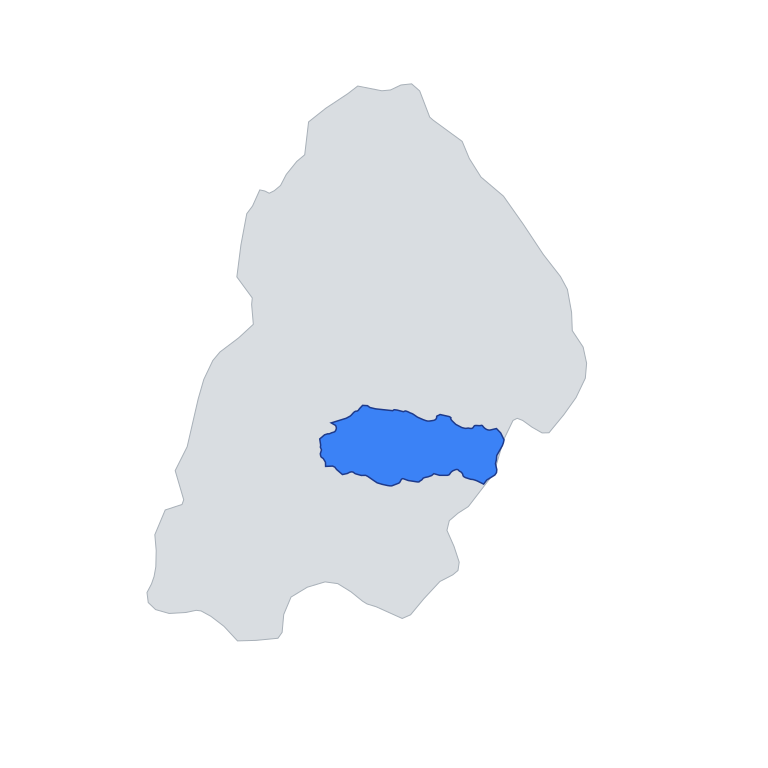 Bhutan, with Bumthang highlighted, rotated 110°
{"feature_id": "BTN-2480", "entity_name": "Bumthang", "entity_type": "District", "adm_level": 1, "iso_a3": "BTN", "parent_name": "Bhutan", "parent_adm1": "", "projection": "equal_earth", "projection_center": [90.682, 27.708], "detail": "fine", "context": "in_parent", "style": "filled", "palette": "blue", "viewbox_px": 768, "rotation_deg": 110, "n_neighbors": 0, "source": "natural_earth", "source_scale": "10m", "svg_char_len": 3566}
<svg xmlns="http://www.w3.org/2000/svg" viewBox="0 0 768 768"><g transform="rotate(110 384 384)"><path d="M596.5,324.7L595.4,329.9L590.6,343.9L587.4,359.2L590.1,371.7L601.2,386.6L616.0,398.5L634.9,399.4L652.2,394.8L659.2,396.7L668.7,416.6L675.5,433.8L666.4,451.6L661.5,467.2L659.8,478.3L660.9,483.1L666.5,492.1L673.1,507.4L674.1,521.5L670.0,530.8L661.0,535.4L651.5,534.1L643.6,534.2L633.8,535.9L618.4,541.1L604.0,547.8L577.2,546.5L566.3,532.6L561.3,532.6L536.8,550.6L510.2,547.5L461.6,553.5L441.3,554.9L420.5,552.9L410.0,549.1L390.4,536.4L372.6,527.2L354.5,535.6L348.2,537.2L333.7,558.9L302.3,566.0L270.9,571.2L261.7,568.4L244.1,567.1L243.4,562.0L244.0,557.1L239.9,553.2L232.8,549.1L220.5,547.5L204.7,542.1L195.7,536.9L163.5,544.5L144.9,533.1L123.7,517.4L113.0,510.6L109.2,486.3L105.5,478.5L97.2,470.3L92.5,460.7L96.4,450.7L117.6,432.3L119.3,427.9L129.3,393.5L142.9,381.0L156.4,363.6L166.6,336.0L186.3,307.7L207.8,278.6L222.6,255.0L232.4,244.0L252.6,232.2L269.5,225.3L281.2,209.5L295.2,200.7L309.7,196.8L331.1,198.9L351.3,204.5L373.4,212.3L375.9,218.7L374.0,229.9L370.8,241.3L370.7,247.1L374.1,250.3L395.7,252.5L422.3,250.7L437.1,252.3L470.3,262.8L480.0,270.2L490.1,275.9L500.0,274.8L512.6,262.7L525.7,252.4L533.9,250.7L539.8,254.1L550.4,263.9L572.2,273.1L591.8,280.1L598.1,286.7L596.0,315.2L596.5,324.7Z" fill="#d9dde1" stroke="#a8b0b8" stroke-width="1"/><path d="M395.4,252.1L398.4,251.7L401.4,251.7L412.7,253.6L416.6,252.5L420.8,252.0L425.9,248.7L428.8,248.0L431.6,248.7L439.1,254.6L444.0,256.1L443.2,263.4L443.2,265.8L443.3,267.7L443.9,270.0L444.1,275.5L443.8,277.2L443.3,278.2L441.5,279.5L440.8,280.6L440.3,281.7L440.1,283.3L439.2,285.3L439.4,286.4L440.1,287.6L442.1,289.7L443.3,290.5L444.4,291.0L446.3,291.5L447.2,291.9L448.2,293.3L450.8,300.5L451.2,306.5L453.7,307.9L456.2,310.9L457.6,313.2L458.6,314.5L459.3,315.1L460.5,315.4L461.3,315.8L463.0,317.1L464.1,317.7L464.6,319.1L466.4,328.2L466.4,333.6L466.7,334.4L467.9,335.1L470.6,335.5L471.4,335.7L472.2,336.3L477.1,341.9L477.7,343.6L478.2,346.0L478.9,351.3L479.2,356.7L478.0,361.5L476.4,367.6L476.2,369.2L476.1,370.0L477.7,374.1L478.1,379.7L478.0,381.1L477.5,382.3L477.4,383.3L477.7,384.6L478.7,386.1L480.6,387.8L483.3,392.1L480.6,399.2L479.8,400.5L479.0,401.6L478.8,403.1L478.7,404.2L481.4,410.7L477.9,412.1L477.3,412.5L474.8,415.6L474.2,417.9L473.7,418.5L472.6,419.3L471.3,420.0L467.3,420.2L465.1,422.2L463.1,422.6L457.6,425.6L452.1,422.5L450.0,419.8L449.7,418.8L449.2,418.0L447.7,416.5L446.3,414.6L445.5,413.9L444.5,413.6L443.7,413.5L442.7,413.5L441.6,413.7L440.4,414.5L439.5,415.3L438.6,420.3L429.1,407.8L425.6,404.7L424.2,404.0L421.9,403.1L420.3,402.3L419.4,401.5L418.7,400.1L418.1,399.5L417.4,399.1L415.6,398.6L411.4,396.8L410.0,392.1L410.9,389.2L410.2,383.3L406.1,366.7L404.7,365.7L404.0,362.7L403.4,356.4L402.9,355.7L402.1,354.9L401.9,353.9L401.9,352.1L402.2,349.4L402.2,347.5L402.4,346.2L403.7,341.2L404.1,335.1L404.1,332.3L403.9,330.3L403.5,329.2L403.1,328.3L401.1,324.7L400.6,324.1L399.8,323.5L398.9,323.1L397.9,323.0L397.1,323.2L396.5,323.4L396.0,323.3L395.5,322.9L395.0,322.2L393.5,320.9L392.3,311.6L392.4,310.7L392.9,309.5L393.4,309.6L394.4,308.9L395.4,307.2L397.4,302.7L398.3,296.0L398.1,293.8L397.9,292.4L397.5,291.5L397.1,290.7L396.6,289.8L396.3,288.0L396.0,287.0L395.6,286.1L395.1,285.7L394.5,285.4L392.4,284.8L392.0,284.4L391.6,283.6L391.1,282.1L390.6,280.3L390.1,279.2L389.6,278.4L389.4,277.9L389.5,277.3L389.7,276.9L390.1,276.3L390.6,275.4L391.1,274.3L391.6,272.2L391.6,270.6L391.2,268.9L387.4,263.1L390.1,257.6L395.4,252.1Z" fill="#3b82f6" stroke="#1e3a8a" stroke-width="1.5"/></g></svg>